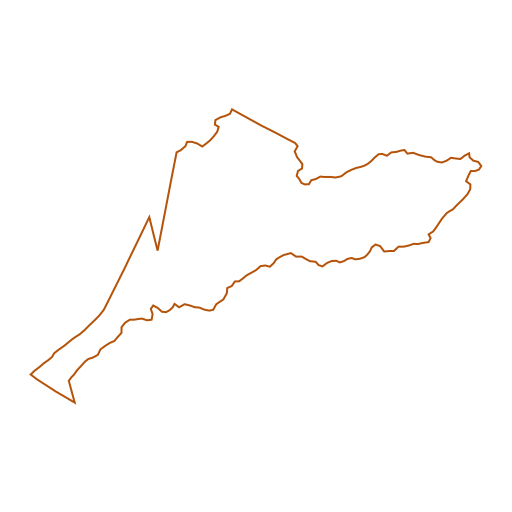 outline of Miguel Pereira, Rio de Janeiro, Brazil
{"feature_id": "56859067B27142515072049", "entity_name": "Miguel Pereira", "entity_type": "district", "adm_level": 2, "iso_a3": "BRA", "parent_name": "Brazil", "parent_adm1": "Rio de Janeiro", "projection": "mercator", "projection_center": [-43.464, -22.53], "detail": "fine", "context": "isolated", "style": "outline", "palette": "amber", "viewbox_px": 512, "rotation_deg": 0, "n_neighbors": 0, "source": "geoboundaries", "source_scale": "gbopen_adm2", "svg_char_len": 2701}
<svg xmlns="http://www.w3.org/2000/svg" viewBox="0 0 512 512"><path d="M470.4,184.4L466.1,181.2L468.5,175.5L470.8,171.0L474.8,171.1L478.8,169.7L481.3,166.1L478.2,161.9L473.4,160.7L469.6,157.3L469.1,153.3L464.7,155.6L460.4,159.0L455.0,158.4L451.0,157.8L446.4,160.8L441.8,162.5L437.1,161.7L434.1,159.9L431.2,157.3L425.1,156.6L418.7,154.9L413.1,152.8L407.4,153.6L404.4,150.0L400.8,150.6L396.5,151.9L391.3,152.4L386.9,155.7L382.1,153.9L378.5,154.3L374.4,157.8L371.1,161.2L367.6,164.0L364.1,165.8L360.4,167.0L356.3,167.9L351.5,169.8L346.6,172.2L341.2,176.3L335.5,177.5L330.2,176.9L324.8,177.0L320.3,176.6L315.9,179.0L311.3,180.2L308.9,184.2L304.7,184.4L301.3,182.8L299.3,179.0L296.7,175.9L298.0,171.0L302.0,168.5L302.4,164.2L299.6,160.4L297.1,157.2L294.7,151.4L297.6,146.2L295.2,143.1L285.8,138.2L280.4,135.3L275.9,132.9L261.2,125.5L232.0,109.4L229.9,113.9L225.0,116.0L220.7,117.2L215.4,120.1L214.9,124.6L218.7,126.9L217.2,131.8L213.6,136.5L210.3,140.2L205.9,143.8L202.3,146.5L197.0,143.4L192.1,141.9L187.1,141.9L185.4,146.2L180.6,150.3L176.6,152.3L171.4,178.8L157.6,250.6L154.3,237.5L149.3,217.1L138.7,239.1L128.7,259.7L124.3,269.0L122.6,272.3L106.0,305.5L103.9,309.6L99.6,315.2L95.5,319.4L92.1,322.7L88.9,325.7L84.9,329.8L79.7,334.3L75.1,337.2L71.0,340.2L64.5,345.6L58.8,349.6L54.1,353.3L52.1,356.9L48.2,360.2L43.5,363.5L39.4,367.1L34.3,371.0L30.7,374.5L36.9,379.3L52.4,389.3L55.6,391.4L74.7,402.6L68.8,380.9L71.1,377.6L73.9,374.7L77.1,370.2L81.5,365.5L85.1,361.5L88.3,359.0L92.9,357.6L97.8,354.9L100.5,349.3L105.6,345.6L110.1,342.8L114.4,341.0L117.5,337.2L121.5,332.9L121.5,327.3L125.0,322.8L129.8,319.7L134.1,319.7L138.4,319.0L142.0,318.6L147.1,320.3L151.6,319.7L152.6,314.1L150.8,308.9L153.2,305.5L157.8,308.0L162.0,311.8L166.2,312.1L169.6,310.2L172.8,307.2L174.5,303.9L179.1,307.3L184.6,304.2L190.3,305.6L194.6,307.2L199.5,307.6L204.2,309.6L209.2,310.6L213.2,309.8L216.2,304.3L219.6,301.9L223.3,299.5L226.8,293.3L227.3,288.0L231.8,286.0L234.8,281.5L239.1,281.3L243.1,278.3L246.5,275.4L252.2,272.3L256.2,270.0L260.6,266.1L265.3,265.5L269.9,266.7L273.8,263.0L276.3,259.3L279.4,257.3L283.8,255.0L290.8,253.1L296.1,256.6L301.8,256.6L305.5,258.8L310.0,261.2L315.7,261.8L318.6,265.1L322.5,266.4L327.0,263.0L331.7,261.0L336.4,260.8L339.7,262.4L343.7,261.2L347.5,258.9L351.7,258.0L355.1,259.3L359.8,258.8L364.6,257.1L367.3,254.6L370.1,251.1L371.7,247.4L375.5,244.5L380.1,246.1L384.2,251.5L389.9,251.0L393.9,251.0L398.5,246.7L403.6,246.7L408.9,245.5L413.7,243.8L417.7,244.1L423.0,242.9L428.6,242.1L430.6,238.1L428.6,234.4L433.1,231.5L435.6,228.2L441.9,218.8L446.6,213.2L449.5,211.2L452.7,209.5L457.5,204.5L463.0,199.2L467.6,194.0L470.2,189.3L470.4,184.4Z" fill="none" stroke="#b45309" stroke-width="2"/></svg>